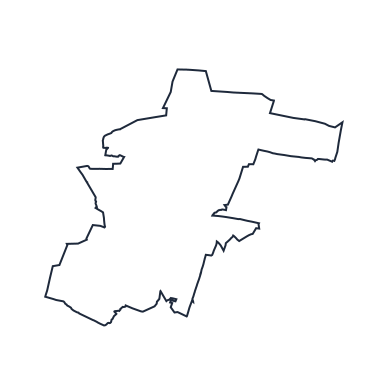 the district of Teotihuacán, México, Mexico, rotated 84°
{"feature_id": "50627088B35797567897196", "entity_name": "Teotihuacán", "entity_type": "district", "adm_level": 2, "iso_a3": "MEX", "parent_name": "Mexico", "parent_adm1": "México", "projection": "equal_earth", "projection_center": [-98.867, 19.693], "detail": "fine", "context": "isolated", "style": "outline", "palette": "slate", "viewbox_px": 384, "rotation_deg": 84, "n_neighbors": 0, "source": "geoboundaries", "source_scale": "gbopen_adm2", "svg_char_len": 5779}
<svg xmlns="http://www.w3.org/2000/svg" viewBox="0 0 384 384"><g transform="rotate(84 192 192)"><path d="M251.2,338.2L262.5,342.2L274.7,346.3L278.8,348.1L280.8,348.9L284.0,341.0L285.2,338.4L287.2,331.7L287.4,331.2L288.2,330.5L289.0,330.1L289.8,329.8L290.3,329.2L290.6,328.9L290.7,328.6L291.1,328.4L291.5,328.2L292.1,327.7L292.5,326.9L293.1,326.1L293.6,325.5L294.2,324.7L294.6,324.4L295.7,324.0L297.4,322.3L298.4,320.8L299.2,319.6L299.8,318.6L300.1,317.5L301.0,316.9L309.0,303.9L309.3,303.2L310.4,301.5L311.3,300.1L311.7,299.7L312.3,298.8L313.4,297.1L315.5,293.5L315.5,292.5L314.9,291.1L313.6,289.6L313.4,288.8L313.8,287.7L313.7,287.1L313.0,286.2L312.3,285.9L310.5,285.3L310.0,284.3L307.3,282.6L305.6,280.2L305.3,279.9L305.2,279.9L302.9,281.7L302.7,281.7L302.5,281.3L302.4,280.9L302.5,280.1L302.4,277.3L302.7,276.8L302.0,276.1L301.6,275.6L301.4,275.5L301.2,275.4L300.9,275.5L299.0,272.9L299.3,271.9L299.0,270.2L297.9,269.8L301.5,263.3L305.3,255.4L305.7,254.1L305.8,253.2L301.8,241.2L299.4,238.8L297.3,238.3L296.1,236.7L295.5,236.5L295.1,235.8L294.7,235.6L287.3,233.8L287.2,233.7L297.8,228.9L297.4,228.4L296.9,227.0L296.7,225.8L295.2,224.1L296.0,222.2L295.8,222.1L297.0,218.8L299.0,219.9L297.8,223.2L297.7,223.3L297.4,224.2L299.6,225.3L299.9,224.4L300.0,224.3L300.4,223.3L304.4,225.2L310.0,222.0L309.9,218.9L313.1,213.7L315.2,210.3L314.9,210.0L311.1,208.4L307.1,206.8L305.8,206.2L300.2,203.4L301.4,202.3L301.1,202.3L300.2,202.5L299.7,202.5L299.4,202.7L298.9,202.8L298.5,202.8L297.6,202.4L296.1,201.6L292.9,200.3L291.7,199.7L291.2,199.6L289.9,199.0L288.4,198.3L287.7,198.0L285.8,197.1L284.1,196.4L283.1,195.9L281.8,195.3L279.8,194.3L276.6,192.9L274.9,192.2L274.5,192.0L274.0,191.8L274.0,192.0L272.2,191.2L270.0,190.5L267.6,189.3L265.0,188.2L261.3,186.9L260.3,186.5L259.6,186.3L258.5,185.8L255.9,184.8L256.5,182.2L257.2,179.5L256.7,178.5L254.5,177.3L252.5,176.4L248.1,173.9L247.1,173.4L245.4,172.8L243.8,172.5L244.5,171.7L245.3,171.0L246.5,170.1L248.2,169.0L251.8,167.5L252.4,167.3L253.2,166.9L253.7,166.7L251.0,165.4L248.5,164.2L246.4,163.7L245.0,161.7L243.3,159.4L241.6,157.5L241.3,156.9L240.7,156.2L239.6,155.6L240.3,154.8L242.2,153.2L244.2,151.8L244.7,151.2L245.7,150.2L241.9,142.2L240.9,139.9L240.2,137.7L240.0,136.0L234.7,132.0L235.4,129.0L230.9,129.2L230.1,128.7L227.7,135.8L226.5,139.8L225.6,142.4L223.9,147.1L223.8,148.8L222.4,153.6L220.6,160.2L219.6,164.2L218.7,168.1L217.7,173.4L217.6,174.2L217.1,173.9L216.0,172.7L215.8,172.6L215.7,172.3L215.4,172.2L215.2,172.0L214.9,171.4L214.9,170.8L214.9,170.3L214.7,169.8L214.6,169.7L214.4,169.6L214.2,169.2L213.8,168.8L213.4,168.3L213.3,167.9L213.1,167.7L212.9,167.4L212.9,167.2L212.9,166.4L212.7,166.0L212.7,165.8L212.8,165.5L212.8,165.4L212.9,164.9L212.8,164.6L212.5,163.9L212.9,162.2L213.6,160.1L210.7,159.3L210.3,159.9L210.0,160.1L208.4,161.0L208.4,160.4L208.3,157.6L207.9,157.4L200.7,153.2L198.1,151.8L186.1,144.8L183.5,143.4L172.3,138.6L172.7,133.8L170.3,132.5L170.8,128.1L166.0,125.6L163.3,124.5L157.9,122.1L156.7,121.5L157.5,119.3L158.6,116.0L159.6,112.8L160.6,110.2L161.9,107.6L162.4,105.7L163.2,103.3L164.9,96.3L166.7,89.9L168.3,82.1L169.0,79.8L169.9,75.8L170.4,73.1L171.0,69.8L171.1,69.3L171.4,68.9L172.2,67.9L172.2,67.6L173.7,66.6L174.1,66.4L173.9,66.2L173.6,66.0L173.3,65.6L173.2,65.4L173.2,65.2L173.2,64.7L173.1,64.4L172.7,63.7L172.4,63.5L172.4,63.4L172.3,63.2L172.4,62.8L172.4,62.4L172.6,61.5L173.4,57.8L173.7,56.2L173.9,54.2L176.5,49.5L176.1,49.3L175.5,48.7L175.7,47.8L175.8,47.4L175.9,47.2L174.3,46.3L173.1,45.9L167.3,43.3L158.3,41.0L146.1,37.5L138.4,35.1L142.7,43.0L140.6,48.8L138.0,52.7L134.5,61.9L131.4,72.0L131.6,72.4L128.9,83.5L123.2,101.5L121.7,106.2L110.3,101.2L109.6,101.0L108.7,104.2L106.5,107.1L103.9,110.2L102.0,112.0L101.7,112.8L100.3,121.2L97.4,140.3L96.2,146.5L93.5,162.2L73.2,165.6L71.8,172.6L70.2,181.7L69.9,183.7L69.7,184.7L69.4,187.4L68.7,192.9L68.6,193.6L80.1,199.8L90.3,202.7L105.5,212.1L106.1,208.3L113.1,209.7L113.7,220.6L114.8,238.8L121.6,255.9L121.9,256.8L122.1,256.9L122.1,258.5L122.3,260.4L122.5,261.8L122.6,262.2L123.0,263.4L123.4,264.4L123.8,265.1L124.6,265.8L124.9,266.1L125.1,266.7L125.3,267.4L125.6,268.6L125.9,269.9L126.9,272.6L127.2,273.1L127.9,273.8L128.5,274.2L128.9,274.3L129.7,274.7L130.2,274.8L130.5,274.9L131.8,275.4L132.2,275.3L135.2,275.4L136.6,275.4L137.2,275.5L137.9,275.7L138.4,275.7L138.7,275.6L138.8,275.4L138.8,275.2L138.9,274.6L139.0,274.1L139.0,273.9L139.1,273.6L139.1,272.9L139.0,272.0L139.2,271.4L139.3,271.0L139.6,271.1L139.9,271.6L140.2,271.9L140.0,272.5L140.4,272.6L142.5,273.3L145.0,274.0L146.4,274.4L146.6,273.7L146.6,273.1L147.4,270.2L147.6,269.8L147.3,268.5L147.3,268.0L148.1,266.9L148.3,266.4L148.3,265.7L149.0,263.2L149.1,262.3L149.2,262.0L149.1,261.6L148.8,261.3L148.4,261.2L148.0,260.5L147.8,260.0L148.0,259.5L148.5,258.7L149.0,257.9L149.4,257.2L150.0,256.3L150.1,255.9L156.2,260.3L156.2,260.5L156.0,264.1L155.7,267.5L158.5,268.0L160.8,268.5L160.4,271.7L160.2,274.7L160.0,276.1L159.3,281.4L158.9,285.7L158.6,288.6L158.3,290.5L158.2,290.9L158.0,291.2L157.8,291.3L155.8,292.2L155.4,292.7L155.3,292.9L155.1,293.6L155.8,303.4L160.7,300.7L163.4,299.1L170.4,296.0L170.7,295.7L171.2,295.3L171.4,295.5L187.0,288.4L187.6,288.4L188.3,288.6L189.4,288.9L189.7,289.0L190.3,289.0L190.6,288.9L191.0,288.6L191.4,288.4L191.6,288.4L191.7,288.5L191.9,288.7L192.0,288.7L192.3,288.7L192.5,288.9L193.1,289.0L193.4,289.1L193.8,289.0L195.0,288.6L195.9,288.4L196.6,288.3L196.8,288.2L197.1,288.2L197.1,288.3L197.2,288.5L197.2,288.8L197.3,288.8L197.8,289.5L200.0,286.6L201.6,284.3L203.0,282.6L208.6,282.3L211.2,282.4L215.1,282.4L216.3,282.3L217.4,282.1L217.7,282.3L218.1,282.8L217.4,284.1L216.1,286.7L215.9,287.6L214.5,294.1L227.3,301.9L228.4,301.6L231.4,310.7L230.5,321.9L231.7,321.5L250.8,331.5L250.8,332.0L251.2,338.2Z" fill="none" stroke="#1e293b" stroke-width="2"/></g></svg>